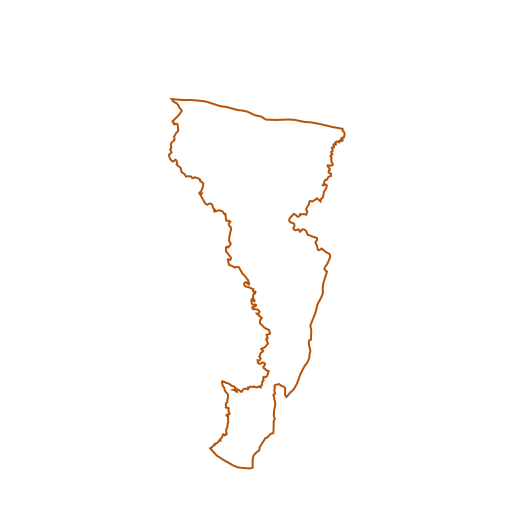 District #4, Grand Bassa, Liberia, rotated 148°
{"feature_id": "62588387B61310853787803", "entity_name": "District #4", "entity_type": "district", "adm_level": 2, "iso_a3": "LBR", "parent_name": "Liberia", "parent_adm1": "Grand Bassa", "projection": "mercator", "projection_center": [-9.694, 5.903], "detail": "fine", "context": "isolated", "style": "outline", "palette": "amber", "viewbox_px": 512, "rotation_deg": 148, "n_neighbors": 0, "source": "geoboundaries", "source_scale": "gbopen_adm2", "svg_char_len": 6150}
<svg xmlns="http://www.w3.org/2000/svg" viewBox="0 0 512 512"><g transform="rotate(148 256 256)"><path d="M213.6,197.0L204.0,205.2L204.7,206.5L205.0,208.6L203.5,209.9L199.5,211.7L194.4,215.2L193.1,216.7L192.6,217.8L192.7,218.9L195.0,223.1L196.4,227.6L197.9,227.3L200.0,227.8L200.0,229.2L198.6,233.4L198.7,234.6L198.2,236.3L195.8,237.1L194.8,238.8L200.9,246.6L200.3,250.2L200.5,251.8L201.1,252.9L202.2,253.9L203.3,254.0L205.4,253.0L206.0,253.5L205.6,255.5L206.0,256.3L208.7,256.7L209.7,257.8L209.6,260.0L207.5,261.0L206.7,262.9L207.1,264.2L209.0,266.3L209.1,268.5L207.5,270.1L201.7,271.7L200.4,269.7L200.2,267.8L199.3,266.8L196.7,267.2L196.4,268.1L192.2,265.4L191.6,264.4L188.9,266.5L189.0,268.7L188.2,269.4L184.9,271.4L183.9,271.6L182.4,273.5L180.9,274.1L179.5,272.4L175.3,272.3L174.1,272.7L173.4,271.9L172.4,268.1L170.2,270.1L169.3,269.9L168.3,270.3L165.6,272.9L164.7,274.2L160.6,276.3L158.7,278.0L158.6,279.4L159.8,280.0L161.2,280.0L161.8,280.6L159.9,281.5L158.9,282.6L157.1,283.8L155.1,283.0L153.9,284.2L152.6,284.6L149.9,284.2L148.8,285.9L150.1,288.4L149.4,289.5L148.6,290.0L147.7,289.9L147.3,291.1L147.6,294.6L147.0,294.9L144.1,292.5L142.6,292.7L142.1,293.3L142.3,295.5L141.7,296.0L141.3,297.9L140.1,298.8L139.6,299.7L140.1,300.6L139.6,301.6L137.2,301.9L137.5,303.6L137.3,304.3L136.5,304.2L135.2,304.6L134.2,307.6L133.0,306.9L132.3,306.9L131.7,308.8L131.1,309.5L129.5,308.1L128.9,308.6L129.2,309.7L128.4,310.3L126.8,310.4L125.7,308.5L124.7,308.5L124.5,309.5L123.3,309.5L123.1,308.5L122.1,308.0L121.0,308.3L121.5,310.3L120.7,310.9L118.9,309.9L116.7,311.7L115.8,313.5L115.7,315.3L116.2,316.2L115.2,318.0L122.8,324.9L132.7,334.9L138.6,340.2L144.3,344.4L151.1,351.0L156.7,354.9L167.0,360.8L175.3,366.4L177.8,371.6L182.4,376.1L186.9,383.1L190.5,386.6L193.9,389.2L202.2,398.1L207.0,402.1L216.3,413.2L220.4,416.7L228.7,422.9L233.9,426.0L244.4,433.7L244.2,430.7L242.4,427.5L241.9,425.1L242.4,423.3L241.9,419.4L242.1,418.4L246.1,416.6L255.5,414.4L255.1,412.4L255.5,412.4L255.7,411.1L252.9,409.9L252.9,408.8L255.4,403.6L257.4,402.7L258.8,402.5L262.5,400.4L262.6,399.5L263.6,397.6L267.4,396.9L268.9,396.1L270.6,392.4L272.3,392.0L272.6,388.7L275.0,388.0L275.4,388.2L276.4,387.7L277.4,384.1L276.9,380.7L275.9,380.0L273.3,380.4L272.9,379.1L273.8,376.1L274.7,375.9L274.8,374.9L273.6,371.9L273.2,370.1L274.0,369.1L274.6,366.5L273.2,363.4L273.3,360.5L271.1,359.5L268.9,357.7L268.7,355.8L267.5,355.3L266.0,355.1L263.6,352.2L263.2,351.0L263.5,349.5L263.1,349.6L263.3,348.8L263.0,347.4L262.5,347.1L262.3,345.3L264.6,342.6L268.0,340.1L269.5,339.6L270.0,339.8L270.8,339.5L270.8,338.4L269.0,337.7L270.8,336.9L271.2,327.1L270.1,325.3L267.6,325.2L266.3,323.9L266.1,322.1L266.9,319.5L266.4,316.9L267.7,316.5L267.7,315.7L262.6,314.1L260.7,311.2L260.6,308.1L259.7,308.1L259.6,307.8L262.5,302.0L261.4,300.7L260.2,300.3L260.2,299.2L259.7,298.7L262.0,297.8L262.6,296.5L262.5,294.6L262.1,293.8L263.3,291.3L264.7,290.4L266.7,288.0L268.8,286.0L270.5,283.6L271.0,281.9L270.8,280.4L271.3,279.4L274.9,278.0L275.5,279.2L277.0,279.1L277.5,277.9L278.6,276.7L279.0,275.8L278.1,268.3L278.7,267.1L279.6,266.4L280.5,266.7L281.3,268.0L281.9,267.9L283.5,262.7L281.4,260.1L280.1,257.3L278.7,257.3L276.5,255.6L276.8,248.1L276.2,245.8L275.5,239.8L276.7,235.6L277.1,235.6L277.6,236.7L278.2,238.9L279.0,239.4L280.7,238.9L281.2,237.5L281.0,235.6L278.8,233.7L277.4,231.3L275.8,229.3L276.9,228.1L277.1,226.9L275.5,226.2L275.8,225.3L276.8,224.8L278.5,224.8L279.8,223.5L280.8,221.8L280.9,218.9L281.2,218.4L281.6,218.5L281.9,219.2L282.2,221.4L282.6,221.6L283.8,220.2L284.8,217.9L284.5,216.5L281.9,214.9L281.9,214.3L282.4,213.8L284.8,213.9L286.0,214.5L286.7,214.1L286.7,212.6L283.0,209.8L282.6,208.4L282.5,206.8L283.2,206.4L284.4,205.8L285.9,206.8L285.9,206.2L285.0,204.6L285.0,203.4L284.1,201.3L284.0,200.2L285.8,199.9L288.3,197.1L286.8,190.4L284.1,186.2L285.1,182.9L286.3,182.8L288.8,183.6L289.5,180.4L290.9,180.3L291.7,179.6L291.4,178.9L291.7,178.8L292.2,175.4L296.9,173.9L300.8,174.5L300.9,173.7L300.1,171.9L301.0,171.4L304.2,171.0L304.9,169.7L306.0,169.3L306.7,168.6L306.2,167.2L306.8,166.2L308.1,165.6L308.8,165.7L309.8,166.7L311.0,164.3L310.8,163.5L309.2,162.2L307.0,162.3L305.7,161.0L305.6,159.5L306.4,158.8L308.4,158.2L309.0,157.1L308.0,155.3L307.8,153.4L306.2,151.7L310.0,148.4L312.4,148.2L313.7,149.5L314.4,148.9L315.3,147.4L315.4,146.5L317.6,145.9L318.6,144.2L320.0,143.1L321.1,143.4L321.7,142.1L322.3,142.6L322.4,143.5L323.2,144.0L324.7,144.0L326.2,145.2L326.9,146.5L328.0,146.6L330.7,148.5L331.7,148.0L332.4,148.6L332.7,147.6L333.5,147.2L334.7,148.7L336.5,149.7L337.9,149.5L339.8,148.4L340.6,148.7L340.9,150.0L342.5,153.0L343.6,152.3L344.1,150.9L344.7,151.4L345.0,153.2L346.1,154.4L344.9,154.0L343.4,155.0L343.9,157.3L344.4,157.5L345.8,159.5L345.8,160.4L347.3,162.9L348.9,164.6L349.4,165.9L350.7,166.9L350.8,167.6L351.2,167.5L351.7,167.0L353.0,163.6L352.8,160.9L353.7,158.5L353.6,155.9L353.1,153.7L354.5,151.2L355.7,149.8L356.8,149.1L357.2,147.8L358.0,147.1L358.9,147.3L360.3,146.3L361.1,144.3L361.8,143.8L361.8,143.2L359.8,141.7L360.0,140.9L361.2,140.0L362.1,136.1L363.3,136.1L364.6,136.9L365.4,136.7L365.5,135.9L364.7,134.9L367.5,129.9L368.7,129.0L370.7,126.4L373.6,124.3L375.3,120.5L376.1,120.9L377.2,120.3L377.8,120.8L378.0,122.1L378.7,122.2L380.7,120.3L382.9,119.8L384.0,118.2L384.7,119.1L387.3,118.1L388.7,118.0L390.5,118.5L390.7,117.6L392.4,117.8L395.8,117.0L396.8,117.2L395.0,107.5L391.9,100.8L386.0,89.8L382.9,85.9L377.5,81.7L373.3,78.9L370.9,78.3L367.5,84.0L364.7,87.4L361.9,88.7L358.4,89.4L356.1,89.5L354.2,91.9L344.4,96.6L342.7,96.1L337.4,97.4L335.4,96.6L334.3,97.7L328.3,106.8L326.4,107.9L325.5,111.3L322.0,116.0L319.4,118.6L317.1,121.9L316.6,124.6L315.4,126.5L315.0,128.7L314.5,129.2L313.2,129.0L312.5,129.5L311.7,132.6L309.7,134.3L309.3,136.0L308.0,136.5L304.3,135.1L303.1,132.0L301.6,130.5L301.4,128.3L304.5,123.7L305.1,121.4L304.8,120.3L299.8,121.9L295.4,122.8L291.4,124.6L288.0,126.7L281.1,132.2L273.0,137.0L269.4,138.2L264.8,141.3L263.0,143.8L260.1,146.8L257.9,153.3L256.1,155.9L254.5,156.2L253.9,155.9L253.3,156.5L248.7,163.4L246.7,168.3L235.6,176.4L229.6,182.3L222.3,186.5L218.9,189.1L216.4,193.4L213.6,197.0Z" fill="none" stroke="#b45309" stroke-width="2"/></g></svg>